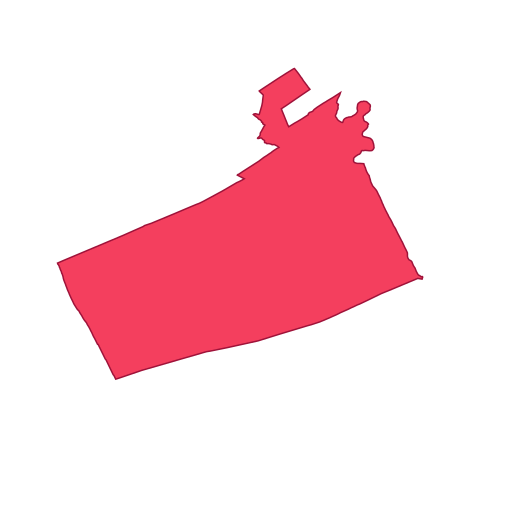 Largu, Buzau, Romania (orthographic projection), rotated 47°
{"feature_id": "2599482B79173737631548", "entity_name": "Largu", "entity_type": "district", "adm_level": 2, "iso_a3": "ROU", "parent_name": "Romania", "parent_adm1": "Buzau", "projection": "orthographic", "projection_center": [27.131, 44.958], "detail": "fine", "context": "isolated", "style": "filled", "palette": "rose", "viewbox_px": 512, "rotation_deg": 47, "n_neighbors": 0, "source": "geoboundaries", "source_scale": "gbopen_adm2", "svg_char_len": 6014}
<svg xmlns="http://www.w3.org/2000/svg" viewBox="0 0 512 512"><g transform="rotate(47 256 256)"><path d="M212.5,432.1L212.8,431.8L213.1,431.8L228.6,436.5L229.7,436.5L245.4,441.4L246.5,441.4L250.4,442.6L252.6,437.9L261.8,417.4L291.0,359.8L292.3,357.3L294.4,354.2L303.6,339.2L319.5,312.3L329.1,292.3L342.0,266.1L343.9,262.5L345.8,258.4L347.8,254.1L348.2,252.9L349.4,249.8L349.9,248.3L351.3,244.5L352.3,241.5L353.7,237.5L354.6,234.6L354.8,233.8L355.1,232.7L355.5,231.6L356.2,229.6L357.9,224.7L358.8,221.6L359.6,219.4L360.9,215.2L361.8,213.0L364.5,204.5L368.9,190.1L373.7,177.4L382.7,153.0L386.2,150.3L385.8,149.7L385.5,149.0L385.2,148.6L385.0,148.4L384.7,148.4L384.4,148.4L383.9,149.1L383.7,149.3L383.4,149.5L381.9,149.6L381.1,150.1L380.8,150.2L379.9,150.1L378.2,149.7L376.4,149.2L373.7,148.1L373.2,147.9L371.7,147.7L370.7,147.5L369.7,147.2L366.6,146.0L366.3,145.9L365.9,145.9L365.0,146.0L364.1,146.3L363.5,146.6L362.9,146.6L361.9,146.5L361.1,146.3L359.9,145.7L359.2,145.2L358.1,144.1L357.6,143.7L357.1,143.2L355.8,142.7L353.9,142.1L351.0,141.3L345.3,139.4L344.6,139.3L339.7,137.9L336.0,136.9L335.0,136.6L333.8,136.2L333.1,136.0L331.7,135.5L330.0,135.1L327.6,134.7L326.4,134.3L324.0,133.5L321.5,132.8L317.2,131.9L316.7,131.6L315.6,131.3L314.4,131.0L312.7,130.5L310.8,130.0L308.7,129.3L307.0,128.8L305.0,128.0L303.5,127.6L302.8,127.3L301.0,126.5L299.5,126.1L298.5,125.6L294.5,124.5L291.4,123.5L290.6,123.3L289.3,123.1L284.3,122.9L280.0,121.5L278.0,120.3L275.6,119.2L274.8,118.6L274.3,118.4L272.9,118.3L270.7,117.8L269.4,117.4L267.3,116.5L266.2,115.9L264.9,115.5L262.5,114.5L262.0,114.2L259.6,116.4L258.7,117.3L257.6,118.5L256.9,119.1L255.5,119.9L254.8,120.2L254.2,120.2L253.7,120.2L253.2,120.0L252.8,119.7L252.1,118.8L251.7,118.5L251.5,118.4L251.3,118.0L251.0,117.2L251.0,116.6L251.0,115.4L251.1,114.6L251.3,113.8L251.3,113.3L251.3,112.9L251.5,112.3L252.0,111.1L252.1,110.6L251.9,108.9L251.1,107.3L251.1,106.8L251.2,106.4L251.9,106.0L253.2,104.1L253.4,103.9L256.1,101.5L256.8,100.8L257.5,99.9L257.9,99.4L258.0,98.7L258.0,97.9L257.8,96.9L257.4,96.0L257.2,95.7L256.4,95.2L255.6,94.5L255.0,94.1L253.7,93.3L253.0,93.1L252.2,92.6L251.5,92.3L250.2,92.0L248.2,92.1L247.3,92.5L246.6,92.9L242.1,95.8L241.7,96.0L240.9,96.0L240.3,95.8L239.6,95.5L239.2,95.0L238.4,93.8L238.2,93.3L238.1,92.9L238.2,91.5L238.2,90.0L238.3,89.2L238.1,87.4L237.6,86.0L236.8,85.4L236.5,85.0L236.4,84.5L236.3,83.8L236.1,83.7L234.4,83.7L232.8,84.1L232.0,84.5L231.3,84.7L230.5,84.6L230.1,84.5L229.1,83.8L228.3,83.5L226.9,82.3L226.8,82.0L226.8,80.8L227.0,80.1L226.9,79.0L226.9,78.5L227.1,77.7L227.2,77.2L227.3,76.3L227.3,75.3L227.3,74.5L227.2,73.7L227.0,73.0L226.7,72.7L226.1,72.3L225.2,71.4L224.8,70.6L224.1,69.9L223.1,69.4L218.6,69.8L218.0,70.2L216.2,71.7L215.7,72.8L215.2,73.2L214.6,74.1L214.4,74.7L214.1,77.1L214.5,78.3L215.6,79.7L216.7,81.1L217.6,81.8L219.2,82.7L219.6,83.4L219.9,84.0L220.0,85.1L220.2,85.9L220.1,87.1L219.8,88.6L219.5,89.5L219.5,90.2L219.2,91.2L218.8,91.9L217.5,93.6L217.2,94.5L216.8,95.0L216.5,95.7L216.2,96.9L216.1,97.6L216.1,98.3L216.3,99.3L217.3,101.2L217.4,101.6L217.2,101.8L217.0,102.0L216.5,102.3L215.7,102.6L213.5,103.2L212.5,103.3L211.5,103.3L210.8,103.1L210.3,102.9L208.6,102.8L208.1,102.6L207.7,102.3L207.3,101.9L207.0,101.1L206.7,100.3L206.4,99.5L205.3,98.2L204.4,95.9L203.9,95.2L202.3,93.9L202.0,93.5L201.9,93.1L201.7,93.0L201.6,92.7L201.4,92.4L201.2,92.3L199.9,92.5L199.3,92.5L198.8,92.4L198.5,92.1L197.9,91.1L197.1,89.7L196.7,88.9L196.0,86.8L195.5,85.4L194.6,83.7L194.1,82.8L192.5,91.7L191.0,98.5L191.0,99.0L190.2,102.4L188.9,109.8L188.5,113.6L188.7,115.0L188.8,115.8L188.6,116.6L187.6,118.8L187.5,119.6L187.6,120.4L187.9,121.1L188.3,121.5L187.0,129.0L185.9,134.1L185.2,136.8L183.8,143.9L181.3,143.2L178.3,142.0L176.4,141.3L172.6,139.8L167.6,137.9L166.5,137.4L165.6,137.1L166.6,131.2L169.5,111.9L170.7,104.3L170.9,102.9L170.3,102.8L167.9,102.7L166.9,102.5L160.1,101.8L157.1,101.2L156.2,101.2L151.3,100.5L145.1,100.0L144.8,100.6L144.5,101.8L143.1,108.8L141.2,119.1L138.4,135.5L137.5,141.1L138.0,141.2L142.7,140.9L143.3,141.0L143.8,141.5L146.5,144.8L147.9,146.3L150.0,149.2L154.7,157.1L154.6,157.4L151.6,159.3L150.7,160.7L150.7,161.5L153.2,161.2L155.0,160.8L155.6,160.6L156.1,160.6L156.6,160.7L157.4,160.7L158.2,160.6L158.9,160.2L159.8,160.0L160.8,160.0L161.1,160.1L161.7,160.5L161.9,160.6L162.6,160.1L162.9,160.1L163.2,160.2L163.7,160.7L163.9,160.8L164.5,160.8L166.0,160.2L166.3,160.2L166.4,160.4L166.5,160.7L166.6,161.3L166.8,162.1L167.7,164.7L168.0,165.7L168.5,167.0L168.8,168.4L169.1,169.1L169.5,169.6L170.2,170.3L170.5,170.8L170.7,171.2L170.8,172.2L170.8,174.3L171.0,174.6L171.4,174.5L172.0,173.7L172.8,172.1L173.3,171.7L173.8,171.5L174.3,171.5L175.0,171.6L175.6,171.5L176.2,171.2L177.4,171.1L177.7,171.2L178.3,172.0L178.6,172.2L179.1,172.3L179.4,172.1L179.9,171.6L180.2,171.6L180.9,171.6L181.3,171.4L182.0,170.5L182.9,169.7L184.0,169.0L184.7,168.6L185.5,168.4L185.9,168.0L186.5,167.2L186.9,166.7L187.5,166.4L188.4,166.1L190.7,165.3L191.2,165.2L192.3,165.2L191.7,167.2L191.0,171.1L190.7,173.5L190.8,174.0L190.3,176.5L189.9,179.5L189.7,180.5L189.2,183.1L188.6,189.3L185.2,208.0L184.4,213.0L184.1,213.5L184.0,214.1L184.1,214.5L191.5,211.9L191.4,212.4L190.9,214.6L190.4,216.4L190.0,217.8L189.2,220.1L188.7,222.4L185.5,236.5L184.6,239.9L180.2,256.8L179.6,258.9L178.7,261.8L177.6,264.4L174.2,273.6L169.4,286.8L160.7,310.2L157.7,316.8L157.5,318.4L154.6,326.7L150.3,339.1L128.3,399.0L125.8,406.0L126.9,406.5L127.9,406.5L128.5,406.7L129.3,406.9L130.1,407.4L131.2,407.7L132.4,408.3L134.6,409.0L135.5,409.5L136.0,409.8L136.9,410.0L137.8,410.4L138.6,410.8L139.5,411.2L140.7,412.0L142.2,412.8L144.6,413.8L147.0,414.7L148.0,415.2L149.8,415.9L152.1,416.9L155.9,418.2L156.5,418.5L160.6,419.9L164.9,421.2L166.6,421.8L167.5,422.0L172.7,423.0L173.5,423.1L174.8,423.0L175.5,423.0L177.6,423.6L180.6,424.1L183.7,424.9L186.0,425.3L187.4,425.4L189.0,425.5L189.9,425.7L191.0,426.1L193.7,426.6L196.0,427.2L198.2,427.9L199.8,428.3L203.3,429.5L204.7,429.9L206.1,430.2L212.5,432.1Z" fill="#f43f5e" stroke="#9f1239" stroke-width="1.5"/></g></svg>